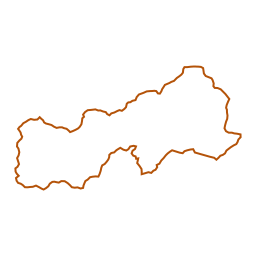 the district of Major Gercino, Santa Catarina, Brazil
{"feature_id": "56859067B69843073310031", "entity_name": "Major Gercino", "entity_type": "district", "adm_level": 2, "iso_a3": "BRA", "parent_name": "Brazil", "parent_adm1": "Santa Catarina", "projection": "albers", "projection_center": [-49.062, -27.42], "detail": "fine", "context": "isolated", "style": "outline", "palette": "amber", "viewbox_px": 256, "rotation_deg": 0, "n_neighbors": 0, "source": "geoboundaries", "source_scale": "gbopen_adm2", "svg_char_len": 2891}
<svg xmlns="http://www.w3.org/2000/svg" viewBox="0 0 256 256"><path d="M216.4,159.7L218.5,157.8L220.4,155.7L222.8,154.9L225.0,153.4L226.4,150.6L228.3,149.1L230.8,147.2L233.8,145.3L236.3,144.1L237.5,142.1L238.4,139.5L240.6,137.2L240.5,134.4L237.0,133.7L234.2,133.4L232.0,132.7L228.8,132.7L226.0,131.2L224.5,128.3L225.1,125.3L226.1,121.6L227.2,118.9L227.5,115.5L227.0,112.6L226.9,109.7L226.1,107.8L226.7,105.0L228.0,101.8L229.3,99.0L225.4,94.0L220.7,89.3L217.5,88.0L214.7,87.9L213.4,86.2L213.7,83.4L212.6,80.1L211.5,78.3L209.0,77.3L205.7,76.0L203.9,73.5L203.5,70.7L203.1,68.1L200.9,66.9L198.9,66.7L196.9,66.6L194.1,66.5L190.8,66.7L187.4,67.1L184.5,67.1L183.3,69.1L182.9,72.7L181.4,74.6L179.4,76.2L176.8,78.0L174.0,80.9L171.3,81.9L169.4,83.0L167.5,83.8L164.9,84.9L163.4,87.3L162.2,89.1L161.3,91.4L159.9,93.6L157.9,93.4L156.3,91.1L154.3,90.8L152.4,91.0L149.9,91.1L146.7,91.4L143.6,92.8L141.4,93.6L138.9,94.5L136.7,97.1L135.5,100.1L132.4,100.8L130.4,102.2L128.3,102.4L126.8,103.7L126.0,107.2L124.4,108.9L121.9,110.8L119.5,110.1L117.3,111.0L114.4,112.5L111.3,113.4L109.5,115.3L107.2,114.1L105.8,112.1L103.1,111.5L100.3,110.4L98.2,110.5L95.4,109.4L91.2,109.9L87.7,110.2L85.0,112.1L83.1,114.6L84.0,116.8L82.3,118.3L82.0,121.2L81.4,124.3L79.6,127.0L78.0,128.5L75.4,129.9L72.5,131.2L70.1,132.1L68.7,130.6L66.6,128.8L63.8,128.1L62.0,127.3L59.7,127.3L56.6,127.9L54.0,126.7L51.5,125.0L48.7,124.2L45.9,123.5L44.1,122.4L43.1,120.3L41.3,118.8L39.7,117.2L37.4,119.5L34.1,119.8L30.8,119.0L28.4,120.1L25.9,121.8L23.3,123.2L21.2,125.8L19.5,127.0L18.1,128.9L19.4,130.7L20.6,132.5L21.1,134.7L22.2,136.7L21.4,138.7L19.5,140.4L17.3,142.9L17.0,146.5L18.4,148.5L19.3,152.2L18.6,155.4L17.1,158.1L18.0,160.9L19.0,164.1L17.5,166.8L15.4,168.4L15.6,171.6L16.7,173.6L18.7,175.8L16.0,178.0L16.6,180.7L18.1,182.9L20.7,183.7L22.7,185.0L24.9,187.2L27.6,187.3L29.9,187.0L32.8,186.8L36.0,185.6L39.3,187.3L41.7,188.7L43.6,189.5L45.9,188.2L48.3,186.3L49.8,183.7L52.3,181.9L54.4,181.7L56.5,182.2L58.8,182.6L61.3,181.1L64.7,181.2L67.7,183.1L70.1,185.3L71.8,187.2L74.6,187.7L77.6,187.4L80.6,188.5L83.1,187.9L83.5,185.6L84.4,183.3L85.4,181.0L87.7,179.6L90.1,177.2L92.7,176.7L95.6,176.4L98.4,176.6L99.6,174.0L100.7,170.7L101.3,167.8L102.2,165.4L104.7,164.0L106.6,161.8L108.3,159.5L109.2,157.2L109.3,154.9L111.3,153.0L114.2,152.4L116.4,150.2L118.3,149.0L120.3,147.8L123.4,149.7L126.3,150.5L128.4,149.2L130.2,146.5L133.6,145.8L136.0,146.4L135.0,149.0L132.6,150.7L131.6,153.4L133.3,155.7L135.6,156.4L136.2,158.8L138.2,158.4L137.7,160.9L137.2,163.1L139.4,165.8L141.5,169.0L141.7,171.6L141.7,174.2L145.5,173.1L148.4,172.2L151.3,172.9L153.4,170.7L155.5,169.8L157.2,167.2L156.7,165.0L159.4,163.7L161.3,160.5L163.6,158.1L165.8,155.3L167.6,153.5L169.8,151.8L172.1,150.3L179.8,152.7L182.7,153.2L184.5,151.2L187.2,150.3L190.5,149.5L193.2,149.2L194.9,152.5L209.7,156.7L214.2,157.8L216.4,159.7Z" fill="none" stroke="#b45309" stroke-width="2"/></svg>